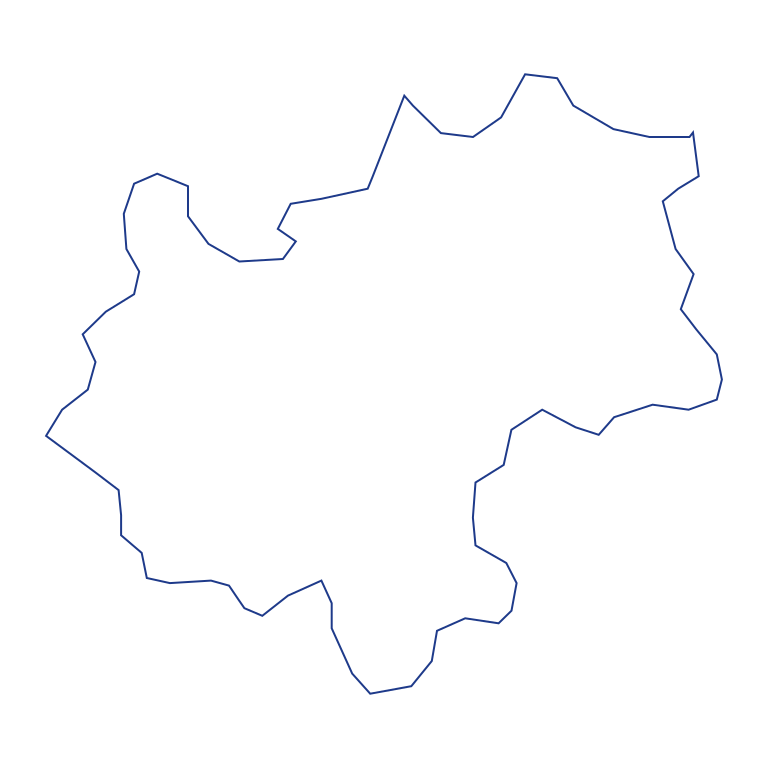 outline of Haman-gun, South Gyeongsang, South Korea
{"feature_id": "91817680B30389585516178", "entity_name": "Haman-gun", "entity_type": "district", "adm_level": 2, "iso_a3": "KOR", "parent_name": "South Korea", "parent_adm1": "South Gyeongsang", "projection": "robinson", "projection_center": [128.43, 35.28], "detail": "fine", "context": "isolated", "style": "outline", "palette": "blue", "viewbox_px": 768, "rotation_deg": 0, "n_neighbors": 0, "source": "geoboundaries", "source_scale": "gbopen_adm2", "svg_char_len": 1124}
<svg xmlns="http://www.w3.org/2000/svg" viewBox="0 0 768 768"><path d="M404.3,95.7L372.8,176.2L367.7,188.7L321.5,198.8L290.7,203.8L277.8,228.9L295.8,241.4L282.9,259.0L239.3,261.5L208.5,243.9L188.0,216.3L188.0,186.2L157.2,173.7L134.1,183.7L123.8,213.8L126.4,249.0L139.2,271.6L134.1,294.2L105.8,311.7L82.7,334.3L95.5,362.0L87.8,389.6L62.1,409.7L46.7,434.8L46.1,435.9L95.5,472.5L118.6,490.1L121.1,515.2L121.1,535.3L141.7,552.9L146.8,578.0L169.9,583.1L211.0,580.6L229.0,585.6L238.4,599.5L244.4,608.2L262.3,615.8L288.0,595.6L321.4,580.6L331.7,603.2L331.7,628.3L352.2,673.6L370.2,693.7L411.3,686.2L431.8,661.0L437.0,630.8L465.2,618.3L498.6,623.3L511.5,610.7L516.6,583.1L506.3,563.0L475.5,545.4L472.9,517.7L475.5,482.5L503.7,464.9L511.4,429.8L542.2,409.7L575.6,427.3L598.7,434.8L614.1,417.2L652.6,404.7L688.6,409.7L716.8,399.6L721.9,379.5L716.8,354.4L696.2,329.3L680.8,309.2L693.6,274.1L675.6,249.0L662.8,201.3L678.2,188.7L698.7,176.2L693.0,132.5L689.5,137.0L649.4,137.0L613.4,129.1L573.3,105.6L557.2,78.2L525.1,74.3L501.1,117.4L473.0,137.0L440.9,133.1L412.9,105.6L404.3,95.7Z" fill="none" stroke="#1e3a8a" stroke-width="2"/></svg>